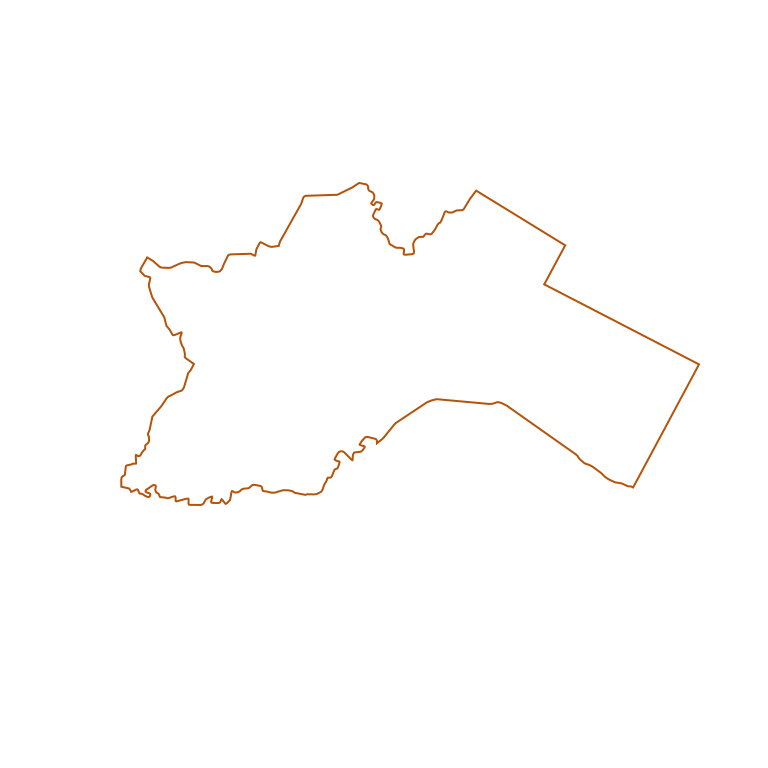 the border of Otjozondjupa, rotated 28°
{"feature_id": "NAM-3349", "entity_name": "Otjozondjupa", "entity_type": "Region", "adm_level": 1, "iso_a3": "NAM", "parent_name": "Namibia", "parent_adm1": "", "projection": "natural_earth1", "projection_center": [17.471, -20.567], "detail": "fine", "context": "isolated", "style": "outline", "palette": "amber", "viewbox_px": 768, "rotation_deg": 28, "n_neighbors": 0, "source": "natural_earth", "source_scale": "10m", "svg_char_len": 6093}
<svg xmlns="http://www.w3.org/2000/svg" viewBox="0 0 768 768"><g transform="rotate(28 384 384)"><path d="M652.9,218.8L652.9,228.1L652.9,242.9L652.8,257.7L652.8,272.5L652.8,287.3L652.7,302.1L652.7,316.9L652.6,331.7L652.6,346.5L652.5,358.4L650.0,358.5L648.2,359.5L646.8,359.8L640.4,360.2L635.0,362.1L633.6,362.4L626.6,362.7L622.9,362.3L617.8,360.7L607.1,359.1L603.0,359.1L599.5,359.8L597.5,359.7L592.9,358.7L591.0,358.0L588.5,356.6L586.7,356.1L505.7,345.9L503.1,345.5L497.1,345.6L494.3,346.1L492.3,347.1L489.1,350.5L486.1,352.3L438.0,372.5L437.0,373.2L433.5,376.4L430.5,380.0L412.7,413.0L412.2,414.6L409.0,431.0L408.3,433.4L405.6,439.6L404.9,438.2L404.2,437.3L403.2,436.5L401.6,436.6L394.4,438.4L392.4,439.8L391.3,444.3L390.9,447.9L390.9,448.9L391.3,449.1L392.2,449.0L395.4,448.3L396.3,448.3L396.6,448.7L396.6,449.7L396.3,452.0L396.0,453.2L395.5,454.4L394.2,455.5L390.6,457.9L389.8,458.7L389.8,459.9L389.9,461.1L390.2,462.2L391.7,465.2L391.9,466.1L391.4,466.2L380.9,463.0L379.9,462.9L379.0,463.0L377.9,463.4L376.9,464.2L376.0,465.2L375.7,467.4L375.6,472.9L375.7,473.7L376.3,474.0L377.2,474.1L379.3,473.9L381.0,473.4L381.4,473.7L381.7,474.6L382.4,478.3L382.5,479.5L382.4,480.6L380.9,482.1L380.6,483.2L380.7,484.4L381.2,489.4L381.2,490.6L380.9,491.6L378.3,493.2L378.3,494.0L378.3,494.4L378.6,495.7L378.7,496.7L378.7,497.5L378.5,501.0L379.3,505.9L379.3,507.4L378.9,509.0L376.2,512.8L374.1,514.3L367.8,517.5L366.6,518.8L356.1,522.0L353.9,521.6L349.8,522.6L345.0,525.0L341.6,528.1L339.5,530.4L338.3,531.4L335.6,532.8L330.9,534.0L328.0,535.1L327.3,535.2L326.7,534.9L325.1,533.0L324.2,532.2L323.3,532.0L322.2,532.2L317.6,533.6L316.5,534.1L315.5,534.7L314.8,536.0L313.6,539.3L313.0,539.9L309.7,542.0L308.6,542.9L307.7,544.2L307.0,546.4L306.6,547.1L305.8,548.0L304.9,548.9L303.8,549.6L302.7,549.8L300.7,549.7L300.0,550.0L300.1,551.1L302.2,557.5L302.4,558.5L302.4,559.2L301.4,562.5L300.9,563.5L300.4,564.2L299.5,564.0L295.4,562.1L294.7,562.0L294.6,562.6L294.8,564.8L294.6,565.9L293.9,566.6L292.8,567.3L288.1,569.6L287.2,569.7L286.7,569.3L286.4,568.3L285.8,565.8L285.5,564.8L285.0,564.2L284.1,565.0L283.2,565.9L281.6,568.2L281.0,569.3L280.8,570.4L280.8,574.1L280.2,575.5L278.9,576.9L269.4,581.8L268.3,582.1L267.6,581.4L266.9,580.3L266.4,579.0L265.8,577.8L265.1,577.1L264.1,577.6L263.0,578.4L256.4,584.6L255.6,585.2L255.1,585.1L254.4,584.2L253.8,583.0L253.1,581.9L252.3,581.3L251.1,582.0L250.0,583.0L248.0,585.2L247.1,586.1L245.9,586.8L244.6,586.8L240.1,588.7L239.1,588.9L237.7,587.6L236.5,586.8L233.7,586.6L232.5,585.7L231.6,584.6L230.9,582.2L230.4,581.2L229.7,580.9L228.8,581.0L227.9,581.4L227.1,582.5L224.3,588.0L223.7,588.7L223.6,589.4L223.7,590.3L224.1,591.1L225.0,591.2L228.3,590.6L229.2,590.8L229.7,591.6L230.0,592.7L229.6,593.9L228.7,594.7L225.6,594.9L222.6,594.6L221.7,594.6L220.7,595.1L219.8,595.4L218.7,594.9L216.7,593.2L215.8,592.8L214.9,593.4L214.1,594.4L212.7,596.6L211.9,597.5L211.3,597.9L210.7,597.3L209.3,596.6L208.2,595.9L200.3,598.0L197.1,592.1L196.5,590.7L196.2,589.5L196.4,588.5L196.8,587.9L197.4,587.0L197.7,586.4L197.7,585.5L194.9,578.4L194.7,577.3L195.3,576.5L198.6,573.7L199.7,572.2L201.8,571.1L202.4,570.7L202.0,569.7L198.7,564.3L198.3,563.3L198.8,563.0L199.7,563.0L200.7,563.1L201.7,562.6L202.4,561.4L202.5,558.0L203.2,554.7L203.6,554.0L203.6,553.5L203.4,552.9L202.7,551.8L202.2,550.8L202.2,549.7L202.6,548.6L203.2,547.5L203.4,545.9L203.2,544.2L201.6,541.4L200.6,540.4L199.8,540.0L199.4,539.7L198.8,537.7L198.7,535.0L194.8,521.5L197.8,508.1L198.8,498.7L199.2,497.3L199.6,496.2L200.8,494.7L204.7,488.8L208.7,484.5L209.0,481.0L206.0,466.4L206.8,462.5L206.8,455.6L197.1,454.3L196.2,454.1L195.4,453.7L194.9,452.7L194.2,451.1L193.8,450.5L190.5,446.7L189.7,446.1L188.0,445.1L186.6,444.0L184.0,441.4L182.9,439.9L182.2,438.4L181.5,434.4L181.2,433.7L180.9,433.5L180.3,434.0L176.0,439.2L175.4,439.7L174.7,439.9L173.5,439.4L169.4,436.7L164.7,434.8L158.7,428.3L138.7,416.3L130.7,408.3L129.8,406.9L128.2,400.9L127.9,400.1L127.4,399.7L126.3,399.8L122.9,400.6L121.9,400.8L121.1,400.6L116.0,398.9L115.3,397.2L115.1,396.0L115.5,383.4L122.3,383.8L130.6,385.8L132.0,385.9L133.5,385.4L139.5,382.5L141.1,381.4L147.5,373.1L148.9,371.7L152.2,369.2L159.2,366.0L160.1,365.8L166.3,365.7L167.3,365.6L172.3,363.0L173.2,362.6L174.4,362.4L175.8,362.6L177.4,363.0L179.1,364.5L180.6,364.6L182.1,364.3L183.6,363.6L185.0,362.7L186.1,361.6L186.6,360.0L186.9,358.6L186.8,357.3L186.3,353.2L186.0,343.6L186.5,342.7L187.5,341.7L205.3,331.5L208.3,331.6L209.2,331.5L209.9,331.2L209.8,330.2L208.1,325.1L208.0,323.9L208.1,317.2L208.4,316.8L209.0,316.6L217.8,316.5L220.6,315.6L226.2,311.5L225.3,307.0L226.3,263.7L225.4,258.5L225.3,256.6L225.3,256.4L225.9,255.3L226.7,254.5L254.0,238.8L263.6,225.5L267.7,218.1L274.9,216.0L276.3,216.5L277.5,217.3L278.0,218.6L279.0,219.6L280.4,220.3L283.8,220.1L285.5,220.9L286.8,221.9L288.1,224.4L288.4,225.2L288.4,226.3L287.9,229.7L288.0,230.6L288.8,231.0L289.7,231.1L290.6,231.0L291.1,230.6L291.3,229.7L291.3,228.6L291.6,227.6L292.0,226.9L294.6,226.0L296.7,225.7L297.3,225.8L297.6,226.7L298.1,230.3L298.1,231.5L298.0,232.4L297.2,232.7L295.4,233.0L294.9,233.4L294.8,234.3L295.0,239.1L295.1,240.1L295.4,240.8L296.2,241.6L297.3,242.2L298.7,242.6L300.8,242.2L302.2,242.5L303.4,242.9L306.9,245.4L307.4,245.9L307.8,246.6L308.0,248.5L308.6,249.4L310.5,251.0L311.8,251.6L313.3,252.0L315.7,251.8L317.5,252.6L319.2,253.7L322.7,257.2L323.2,257.6L323.7,257.8L329.9,258.1L331.4,257.7L334.5,256.1L337.0,255.4L338.2,255.5L338.8,256.2L339.3,257.1L340.0,259.3L340.5,260.2L341.3,260.2L342.6,259.6L347.2,256.6L348.3,255.7L349.0,254.6L348.4,253.1L344.9,248.2L344.0,246.6L343.8,245.1L343.7,243.6L344.1,240.9L344.6,240.1L345.1,239.3L345.8,237.8L349.4,235.7L349.8,234.4L350.0,233.0L350.4,231.7L351.4,231.1L352.6,230.7L353.9,230.4L354.9,229.9L355.5,229.0L356.0,226.8L356.5,223.4L356.5,219.1L356.7,217.6L357.0,216.2L357.8,215.3L357.9,213.7L357.9,212.1L357.0,204.0L357.2,202.8L357.9,202.3L359.1,202.2L360.5,202.2L362.1,201.5L364.0,200.3L366.4,196.9L368.3,195.6L371.2,194.0L372.3,192.6L373.0,180.2L374.6,170.0L478.9,176.5L478.7,220.8L652.9,218.8L652.9,218.8Z" fill="none" stroke="#b45309" stroke-width="2"/></g></svg>